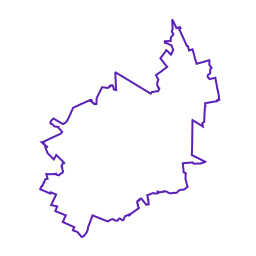 outline of Nojorid, Bihor, Romania, rotated 84°
{"feature_id": "2599482B66064237365593", "entity_name": "Nojorid", "entity_type": "district", "adm_level": 2, "iso_a3": "ROU", "parent_name": "Romania", "parent_adm1": "Bihor", "projection": "albers", "projection_center": [21.85, 46.97], "detail": "fine", "context": "isolated", "style": "outline", "palette": "violet", "viewbox_px": 256, "rotation_deg": 84, "n_neighbors": 0, "source": "geoboundaries", "source_scale": "gbopen_adm2", "svg_char_len": 5558}
<svg xmlns="http://www.w3.org/2000/svg" viewBox="0 0 256 256"><g transform="rotate(84 128 128)"><path d="M196.6,212.5L198.6,206.6L203.0,209.0L208.4,199.0L214.7,202.7L219.5,194.4L221.0,191.8L223.9,193.5L224.1,193.1L224.7,192.3L225.1,191.2L225.5,190.2L226.3,189.2L226.4,188.9L228.6,187.6L229.8,186.6L231.4,185.6L231.2,183.6L229.7,182.3L228.1,180.6L227.5,180.0L224.8,178.6L223.2,178.3L222.8,178.3L219.3,176.4L211.2,172.4L218.8,157.9L218.3,156.7L217.4,154.8L217.2,154.1L217.1,152.9L217.0,152.6L217.9,151.4L218.7,150.2L218.9,149.7L219.2,148.8L219.0,148.2L218.6,147.7L217.9,147.1L217.5,146.7L217.3,146.5L217.2,146.2L217.1,145.9L217.6,145.0L219.1,143.4L219.1,142.3L215.5,140.2L214.6,137.4L214.3,136.5L215.1,136.2L214.7,135.2L213.8,135.2L213.1,133.1L208.8,125.6L208.4,125.5L207.8,125.8L207.4,126.0L206.7,126.3L205.9,126.4L205.3,126.1L205.0,126.1L204.7,126.1L204.2,126.4L203.7,126.7L203.1,126.7L201.9,126.4L201.7,126.2L201.8,126.0L201.1,124.3L200.4,124.6L200.1,124.0L199.6,122.7L199.5,122.2L202.7,120.2L204.0,119.3L204.6,118.9L205.6,118.0L206.2,117.9L206.0,115.3L203.3,115.4L201.3,115.3L201.2,115.3L201.2,115.7L197.0,115.7L196.9,115.8L196.4,113.8L196.0,112.7L195.9,112.2L195.7,111.3L195.4,110.0L195.4,109.8L195.4,109.6L195.6,109.3L195.8,108.5L195.8,108.2L195.9,107.7L196.1,107.0L196.1,106.3L196.0,105.4L195.9,104.9L195.4,104.9L194.5,105.1L195.2,103.5L195.1,103.4L195.2,102.2L195.3,101.6L195.1,101.0L195.1,100.4L195.2,99.2L194.6,98.8L194.7,98.6L195.0,97.2L195.5,95.9L196.5,94.8L196.9,94.1L197.1,93.6L197.5,92.5L197.3,90.8L197.3,90.1L197.3,88.9L197.6,88.2L197.4,87.5L197.5,86.8L197.1,85.7L196.0,84.8L195.5,83.8L195.1,82.4L194.9,81.0L195.1,79.7L195.1,79.0L194.6,77.7L193.9,76.8L193.4,75.7L193.1,75.2L192.8,74.9L189.7,75.4L185.6,76.1L184.8,76.1L181.1,75.7L179.3,75.2L179.0,75.2L177.9,77.3L174.0,77.2L168.8,77.2L169.0,67.4L169.4,67.3L170.6,65.6L170.5,65.3L170.5,64.2L170.6,63.2L170.6,62.0L171.0,59.9L170.5,58.1L170.3,57.4L170.3,56.1L169.8,55.3L169.8,55.1L169.7,55.0L169.6,54.8L161.5,67.4L156.0,66.5L127.2,63.1L126.9,63.0L134.3,53.4L131.1,53.6L130.8,53.5L130.3,52.3L130.0,51.6L125.1,50.9L120.3,50.2L118.5,49.8L114.8,49.3L114.6,48.9L114.5,48.7L114.3,48.7L111.4,48.7L110.6,36.3L109.5,36.2L109.5,34.3L106.5,34.4L105.3,34.4L103.3,34.4L102.8,34.5L99.4,34.8L99.1,35.1L98.9,35.1L97.5,35.1L87.2,35.9L87.9,41.8L87.1,42.2L86.7,42.5L86.3,42.9L86.1,43.1L85.6,43.3L84.9,43.4L84.4,43.3L84.1,43.2L83.9,43.1L83.5,42.7L83.0,42.0L82.7,41.3L82.5,40.8L81.6,40.4L81.3,40.4L80.9,40.3L80.5,40.3L80.0,40.4L79.7,40.3L78.1,40.0L77.6,39.6L77.4,39.3L77.1,38.8L77.0,38.6L76.9,38.6L76.5,38.7L76.2,38.8L75.9,39.0L75.0,39.9L74.7,40.0L74.1,40.3L73.5,40.5L73.2,40.5L72.7,40.5L71.2,40.1L70.5,40.0L69.6,39.9L69.4,39.9L69.1,40.0L69.1,40.4L70.2,46.3L71.3,53.1L65.4,54.2L60.9,54.8L56.5,55.6L57.3,59.2L54.3,59.6L52.8,60.0L52.8,60.6L52.7,60.8L45.8,63.1L34.5,66.9L34.2,65.4L33.1,65.8L33.7,69.4L26.1,72.1L24.6,72.7L34.4,73.3L35.8,74.1L36.1,74.2L36.3,74.3L37.6,74.0L37.8,73.9L38.2,73.6L38.5,73.5L38.7,73.3L39.2,73.2L39.4,73.1L39.9,73.3L40.1,73.5L41.0,74.5L42.0,75.5L42.3,75.7L42.6,75.9L43.3,76.1L44.3,76.2L45.7,76.5L46.0,76.5L45.6,81.1L45.6,82.4L47.1,82.4L47.6,80.9L49.0,78.5L50.3,76.1L51.1,75.9L53.8,75.2L55.1,75.0L55.3,74.8L55.6,75.0L55.9,75.2L56.1,75.5L56.3,75.7L56.5,75.9L56.7,76.0L57.0,76.1L57.4,76.3L57.8,76.7L58.0,76.8L59.0,77.1L59.4,77.5L59.6,77.7L55.9,80.5L54.6,81.8L54.8,81.9L55.3,82.3L56.3,83.1L57.1,83.9L60.1,86.7L62.0,88.5L62.7,88.1L65.7,86.2L66.0,86.0L68.3,84.7L71.3,82.6L74.6,88.1L75.7,89.9L76.8,92.0L78.2,94.4L78.3,94.6L83.1,92.8L83.2,93.0L83.7,93.3L84.2,93.4L86.2,94.2L88.1,94.6L88.9,94.4L89.2,94.1L89.7,93.8L90.0,93.7L91.1,93.8L91.8,92.7L93.1,93.2L94.6,94.2L94.5,96.8L94.7,98.8L94.8,100.7L96.2,101.8L72.7,132.8L71.5,134.5L72.1,134.9L79.3,135.3L87.3,135.8L88.3,135.8L88.7,135.7L88.9,135.7L89.0,135.7L88.3,138.0L84.9,138.5L84.3,138.6L84.2,138.6L83.9,138.9L83.8,139.5L83.9,141.2L84.0,141.5L84.7,141.3L85.6,142.9L86.1,143.9L86.1,144.0L85.6,145.9L85.4,146.6L84.7,149.5L95.1,156.1L100.8,156.9L100.7,159.1L99.6,159.5L99.5,160.2L98.8,160.7L96.4,161.5L96.3,162.4L97.5,162.3L97.0,163.3L96.6,163.8L97.1,165.3L97.7,167.2L98.0,167.9L98.0,168.0L98.3,168.9L98.6,169.8L98.9,170.8L99.1,171.6L99.2,172.1L99.3,172.1L99.9,173.9L100.8,176.4L100.8,176.5L102.1,180.3L102.3,180.5L106.3,182.9L107.2,183.3L110.5,185.2L113.5,187.1L114.0,187.4L114.0,187.5L114.6,187.7L114.8,188.2L114.9,188.4L115.6,189.0L116.1,189.6L116.4,190.1L116.9,191.3L117.3,191.9L117.3,192.1L117.1,192.5L116.3,193.7L115.6,194.6L113.9,196.9L111.9,199.6L110.8,201.1L112.6,203.5L114.2,204.6L114.6,204.7L115.2,204.7L115.5,204.6L115.7,204.3L115.9,203.6L116.8,202.5L117.0,202.2L117.4,201.9L117.8,201.7L118.6,201.1L118.8,200.7L119.6,197.4L119.8,197.6L121.3,196.6L124.8,193.9L126.6,195.4L129.6,204.3L132.4,212.1L132.7,213.2L133.1,213.8L133.1,215.3L134.8,213.7L134.5,213.2L135.6,212.7L136.5,212.1L136.8,211.9L136.8,212.0L137.0,211.8L137.3,211.5L138.1,210.3L138.4,210.5L138.0,211.2L137.9,211.8L137.9,212.0L138.1,212.3L138.4,212.3L138.8,212.2L141.4,211.5L144.7,210.5L151.5,205.1L147.4,202.2L155.2,195.6L156.1,195.1L156.3,195.2L156.2,196.5L158.0,197.5L158.1,197.8L158.4,197.9L158.8,197.8L158.9,198.1L159.3,198.1L159.8,197.9L160.3,197.8L160.6,197.6L160.9,197.6L161.1,197.6L161.4,197.6L161.6,197.6L162.1,197.6L162.8,197.6L164.3,197.0L165.7,197.8L166.5,199.9L167.8,201.7L166.9,204.2L165.9,204.3L166.2,206.9L165.9,207.6L165.9,209.1L165.8,211.2L165.6,212.3L165.2,214.0L170.1,213.3L170.4,215.7L170.9,215.8L173.1,217.0L173.0,217.3L176.7,219.2L176.6,219.9L179.7,221.7L185.1,212.1L183.9,211.5L186.7,206.4L196.6,212.5Z" fill="none" stroke="#5b21b6" stroke-width="2"/></g></svg>